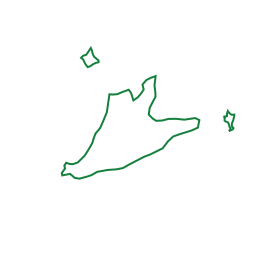 the district of Labuan, Labuan, Malaysia, rotated 220°
{"feature_id": "92858781B93759904190294", "entity_name": "Labuan", "entity_type": "district", "adm_level": 2, "iso_a3": "MYS", "parent_name": "Malaysia", "parent_adm1": "Labuan", "projection": "robinson", "projection_center": [115.205, 5.305], "detail": "fine", "context": "isolated", "style": "outline", "palette": "green", "viewbox_px": 256, "rotation_deg": 220, "n_neighbors": 0, "source": "geoboundaries", "source_scale": "gbopen_adm2", "svg_char_len": 1603}
<svg xmlns="http://www.w3.org/2000/svg" viewBox="0 0 256 256"><g transform="rotate(220 128 128)"><path d="M158.0,147.0L161.1,143.9L163.9,141.9L154.3,126.4L151.1,116.2L149.3,110.0L149.3,102.8L147.5,97.7L145.7,93.6L144.3,85.9L143.4,78.7L144.3,69.4L147.0,64.8L149.8,62.8L153.0,61.7L152.5,58.1L150.2,56.6L149.8,51.0L147.9,49.4L142.9,55.6L136.6,55.6L132.5,58.1L127.9,64.8L125.7,68.4L123.4,74.6L116.6,82.8L110.2,89.0L106.1,94.1L103.8,100.3L100.2,109.0L97.0,116.7L94.3,121.3L88.4,134.7L88.8,143.4L87.9,150.6L84.3,156.7L80.6,162.4L77.4,167.5L74.7,173.2L78.4,179.9L82.9,178.8L90.2,170.6L97.0,166.0L102.9,160.9L106.6,155.7L111.1,151.6L115.2,151.1L120.7,151.6L124.3,157.3L125.7,163.4L127.0,169.6L129.8,172.7L135.2,177.8L140.2,185.5L142.9,180.9L144.8,176.3L144.8,170.6L140.7,167.5L140.2,162.9L140.2,157.8L141.6,152.6L148.0,156.7L152.0,157.8L154.8,153.1L158.0,147.0ZM202.1,149.7L198.0,148.7L196.6,151.3L195.7,154.6L194.5,157.2L192.8,159.5L194.0,160.8L196.6,160.8L199.8,160.8L202.7,162.1L205.3,164.1L207.9,165.4L207.4,161.2L207.1,157.2L208.8,154.6L209.1,151.6L206.2,151.6L202.1,149.7ZM52.4,195.1L51.2,194.3L49.9,193.8L48.9,193.3L48.7,192.3L48.8,191.4L48.3,191.2L48.0,192.0L47.5,193.0L47.0,193.9L46.9,194.7L47.1,195.7L48.2,195.9L49.2,195.8L50.9,197.6L51.4,198.5L51.9,200.1L52.3,201.5L53.6,204.0L54.4,205.8L55.2,206.6L57.0,204.8L58.1,204.6L59.5,204.6L61.2,204.8L62.4,205.2L61.8,203.6L61.2,202.4L60.6,201.6L59.8,200.8L60.4,199.7L61.6,198.8L61.2,198.0L60.5,198.0L59.9,197.3L59.3,196.3L58.7,195.7L57.7,195.7L57.0,195.9L56.3,196.2L54.8,196.6L53.5,195.9L52.4,195.1Z" fill="none" stroke="#15803d" stroke-width="2"/></g></svg>